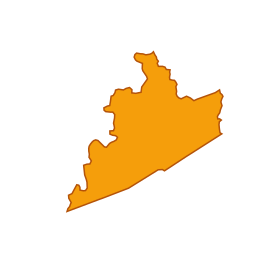 the district of Três Ranchos, Goiás, Brazil, rotated 146°
{"feature_id": "56859067B84433835095202", "entity_name": "Três Ranchos", "entity_type": "district", "adm_level": 2, "iso_a3": "BRA", "parent_name": "Brazil", "parent_adm1": "Goiás", "projection": "mercator", "projection_center": [-47.783, -18.367], "detail": "fine", "context": "isolated", "style": "filled", "palette": "amber", "viewbox_px": 256, "rotation_deg": 146, "n_neighbors": 0, "source": "geoboundaries", "source_scale": "gbopen_adm2", "svg_char_len": 1812}
<svg xmlns="http://www.w3.org/2000/svg" viewBox="0 0 256 256"><g transform="rotate(146 128 128)"><path d="M225.2,92.9L192.1,85.0L188.6,84.1L161.2,77.8L126.4,76.5L122.7,74.3L121.7,72.1L95.6,71.8L92.8,71.7L53.5,70.7L54.4,72.6L52.7,76.2L50.7,79.9L48.8,82.1L46.2,82.4L46.9,84.3L48.5,85.4L47.4,87.6L45.7,88.5L43.5,89.3L41.1,91.5L37.6,93.9L36.4,97.7L34.0,99.7L31.6,101.1L31.4,103.1L32.0,105.3L30.8,108.4L35.9,108.5L54.4,113.2L58.1,113.8L59.5,118.0L61.7,121.6L67.6,122.5L69.1,124.7L69.5,127.1L69.0,129.3L67.2,131.2L65.2,135.5L63.0,136.8L62.7,139.3L62.8,141.5L64.6,143.0L66.2,144.8L65.2,146.9L63.0,149.1L62.2,151.1L60.6,152.7L63.5,155.1L63.3,157.8L64.8,159.7L68.3,162.1L67.6,165.3L65.5,166.4L65.7,168.9L64.8,171.0L64.8,173.6L64.3,177.0L66.2,176.6L68.5,176.9L72.3,178.7L74.2,181.1L76.2,182.6L79.0,185.3L81.2,185.0L83.3,183.3L83.7,180.3L83.2,178.4L79.9,173.5L83.0,169.3L83.7,167.2L83.7,163.2L83.7,160.4L84.4,157.8L93.7,154.3L97.2,150.3L102.2,152.4L105.2,155.0L103.3,157.6L104.1,160.7L107.5,161.9L110.5,162.1L114.2,165.5L117.1,166.4L119.0,164.6L122.1,163.2L124.2,163.8L128.1,159.4L130.6,156.8L132.8,157.7L136.7,158.2L137.9,156.1L137.3,154.0L133.7,151.0L131.7,149.6L131.5,146.6L133.6,143.8L137.3,140.1L138.2,137.7L139.2,135.5L141.5,133.9L144.7,135.7L146.4,133.0L144.8,130.6L142.6,128.6L141.9,126.2L144.3,124.7L147.1,124.8L149.7,125.4L151.9,125.5L156.6,124.1L158.1,125.5L159.9,134.4L161.4,136.2L163.4,136.7L165.3,136.5L168.0,135.7L170.4,134.6L172.0,133.0L173.5,130.6L174.7,127.9L176.7,125.5L176.8,121.2L179.7,119.5L182.3,121.0L185.6,121.9L190.1,113.4L191.4,108.5L192.3,106.0L195.4,101.0L198.2,99.9L200.1,100.9L202.5,103.3L201.0,105.8L200.8,108.1L202.2,109.6L208.1,106.5L211.1,104.9L214.9,105.5L216.4,102.8L216.8,98.0L218.6,96.8L220.3,95.5L222.8,94.8L225.2,92.9Z" fill="#f59e0b" stroke="#b45309" stroke-width="1.5"/></g></svg>